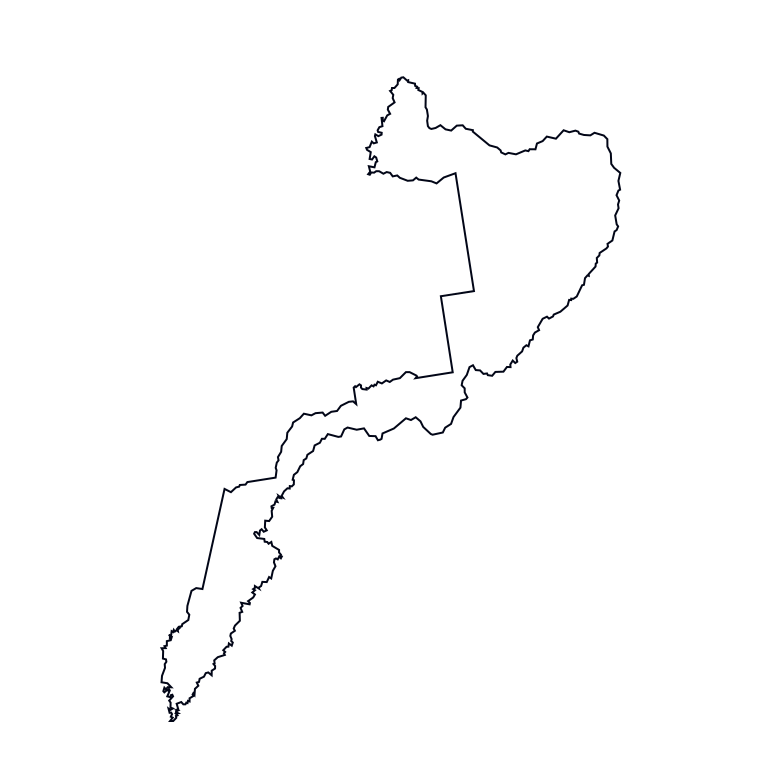 La Paz, Cesar, Colombia, rotated 351°
{"feature_id": "7082276B68584023442252", "entity_name": "La Paz", "entity_type": "district", "adm_level": 2, "iso_a3": "COL", "parent_name": "Colombia", "parent_adm1": "Cesar", "projection": "natural_earth1", "projection_center": [-73.31, 10.11], "detail": "fine", "context": "isolated", "style": "outline", "palette": "ink", "viewbox_px": 768, "rotation_deg": 351, "n_neighbors": 0, "source": "geoboundaries", "source_scale": "gbopen_adm2", "svg_char_len": 6145}
<svg xmlns="http://www.w3.org/2000/svg" viewBox="0 0 768 768"><g transform="rotate(351 384 384)"><path d="M445.4,85.5L444.4,90.2L440.6,93.3L438.2,92.9L437.5,95.1L435.9,95.5L438.4,99.8L437.3,103.0L438.5,107.5L431.5,111.0L430.7,113.6L432.3,118.1L429.2,119.2L425.1,124.5L423.9,123.5L424.4,120.9L423.2,120.8L422.8,129.1L419.6,129.6L417.4,132.4L417.6,134.1L421.0,135.5L420.6,137.3L417.2,138.3L414.5,136.1L413.8,137.7L414.7,144.3L411.5,144.7L409.9,142.7L406.8,147.8L403.4,148.1L403.9,150.1L407.2,152.9L405.0,159.5L407.3,160.4L410.1,157.6L411.7,159.1L412.2,163.1L410.6,163.6L408.5,168.5L403.1,166.6L403.6,172.1L401.2,174.3L402.7,175.1L404.5,173.1L407.3,173.7L409.6,172.6L412.5,173.1L416.3,176.2L419.8,175.1L423.1,176.4L425.1,180.3L429.7,180.1L431.9,182.8L439.2,187.0L444.5,187.4L448.1,185.2L450.2,187.5L462.5,191.2L467.3,194.1L475.3,189.4L487.6,187.0L487.4,306.3L453.9,306.2L453.7,383.2L416.1,383.2L417.8,381.7L417.4,380.8L411.2,376.3L407.5,375.7L400.6,380.7L393.6,381.1L390.0,382.9L386.7,380.8L382.0,383.1L378.2,380.8L375.9,384.0L374.5,383.2L373.3,384.7L371.5,383.4L367.9,386.1L366.1,385.2L365.9,386.8L361.8,385.6L360.7,383.9L361.1,381.8L359.7,380.5L355.8,382.7L355.1,381.7L353.5,382.8L353.4,399.5L350.7,396.3L346.5,396.1L338.0,398.8L333.4,403.3L327.6,403.2L320.9,406.2L318.9,402.6L311.8,402.1L307.4,403.6L300.2,400.8L295.5,404.6L288.2,407.8L286.6,411.6L280.9,417.0L279.3,423.2L273.3,429.2L271.8,434.9L267.8,439.6L267.9,442.9L265.8,444.9L263.9,449.9L264.4,452.4L262.3,459.5L233.7,459.5L231.5,461.7L225.8,461.2L224.9,462.7L221.7,463.0L215.9,466.9L210.1,462.7L172.6,558.1L166.6,556.2L161.5,558.2L155.1,572.4L153.8,578.2L155.6,581.4L153.8,586.5L147.2,589.6L146.4,591.6L143.3,591.7L141.8,593.1L143.4,593.4L141.8,594.5L141.8,595.9L140.7,594.7L138.7,595.8L137.9,594.0L136.9,596.0L135.6,594.9L134.4,599.1L132.2,598.1L133.2,599.3L132.8,601.5L134.6,601.1L133.3,603.7L129.3,604.0L128.6,608.4L126.2,608.6L127.0,610.7L123.0,610.2L124.1,613.2L122.7,620.6L125.6,621.9L125.6,624.3L123.6,626.4L123.3,630.1L119.1,637.5L117.6,643.8L123.3,645.7L126.5,650.3L122.9,649.6L120.9,651.6L119.6,649.6L118.0,652.9L118.8,654.2L122.1,652.2L123.2,653.5L123.9,651.8L124.5,653.2L121.1,658.6L124.0,659.9L124.8,658.0L126.3,657.8L126.8,659.5L122.3,663.1L123.4,665.3L122.5,670.1L124.7,671.5L122.0,672.5L120.4,670.9L120.8,675.2L122.4,675.3L123.0,676.9L121.4,679.3L123.1,680.5L120.0,683.4L123.1,683.9L126.6,681.2L126.6,679.3L128.1,679.0L126.9,677.1L129.2,677.0L127.2,675.5L127.8,674.0L128.3,674.6L129.6,674.2L128.1,673.3L129.9,672.9L129.2,667.4L134.0,666.4L135.7,669.0L137.8,669.3L138.9,667.8L140.0,668.4L140.8,666.3L142.3,667.1L142.8,664.0L147.3,662.2L146.4,660.8L147.3,659.6L148.2,661.4L149.6,655.5L153.4,653.0L152.4,649.6L154.7,649.3L155.8,646.3L160.4,644.9L162.7,641.7L165.3,641.4L168.2,644.7L169.0,640.2L172.6,638.6L173.1,636.1L171.8,633.9L173.0,633.5L173.1,630.4L177.1,627.8L184.4,626.7L183.8,624.9L185.2,623.8L183.6,621.8L187.4,618.9L189.2,619.1L190.2,616.0L192.7,618.6L194.2,615.7L192.9,613.9L193.6,612.1L192.8,608.8L193.7,606.5L198.1,604.4L197.3,602.0L199.0,599.3L204.6,595.3L205.6,587.4L208.3,586.9L207.3,582.7L209.6,581.1L208.7,577.7L216.8,580.6L217.3,579.3L215.8,577.2L221.4,574.4L223.6,571.7L221.3,569.3L224.3,567.5L222.7,566.1L224.6,565.2L224.9,563.4L228.5,566.5L228.2,565.6L231.0,564.3L232.9,560.4L237.2,561.3L240.3,556.7L242.2,558.4L245.0,551.1L248.3,547.0L247.4,543.0L248.3,540.0L250.0,539.4L251.6,540.6L253.5,538.0L254.9,540.0L256.1,538.4L254.7,537.6L255.5,536.5L254.0,534.0L254.4,531.5L248.3,526.4L248.0,522.4L245.0,523.7L244.0,521.8L241.5,521.1L241.5,518.3L234.6,516.3L232.3,511.6L233.3,510.1L235.0,510.3L237.2,513.6L238.6,509.3L240.4,508.3L242.1,511.1L245.3,510.2L243.9,507.0L245.3,500.4L249.1,501.4L252.8,497.6L253.2,491.7L255.1,489.1L253.7,489.0L253.7,487.2L257.0,486.0L258.4,483.0L260.3,483.8L259.5,481.2L261.2,479.2L262.7,480.0L262.3,477.9L264.7,480.4L264.9,479.4L266.3,480.3L265.4,478.5L268.5,474.4L272.3,471.9L274.5,472.5L275.0,470.1L276.9,470.7L279.2,469.1L280.0,465.0L278.8,464.3L280.8,459.6L284.6,457.5L288.4,452.1L291.6,450.4L292.8,446.6L295.6,445.4L297.3,441.9L303.5,439.1L305.9,433.8L311.5,432.0L314.1,428.4L316.9,428.9L320.7,424.7L330.6,429.1L333.4,429.1L337.7,422.6L341.2,421.3L349.9,424.9L357.3,424.7L361.3,433.0L367.5,434.2L369.2,438.6L371.5,438.4L373.0,437.8L374.8,432.6L386.8,429.5L400.3,421.3L405.0,423.8L410.1,421.8L414.2,426.6L416.0,432.5L422.4,440.7L424.1,441.7L434.5,441.1L437.6,436.7L444.0,433.9L447.5,427.5L455.8,419.3L457.5,412.4L462.6,411.8L464.3,410.4L462.4,404.9L463.0,400.9L460.5,397.4L462.1,393.1L467.2,388.0L471.1,380.7L474.8,379.4L476.8,384.6L481.0,385.6L483.8,389.6L487.4,389.7L487.9,391.5L492.1,392.8L495.9,389.5L503.9,390.5L508.1,386.4L511.6,387.1L511.8,384.5L514.8,381.0L516.9,383.8L519.1,382.8L518.8,379.1L520.1,376.9L525.5,373.4L527.4,369.9L530.7,368.0L532.6,369.4L535.0,363.7L537.9,363.3L538.9,359.3L541.1,356.8L545.6,355.1L544.8,351.9L550.9,344.4L555.5,343.0L557.2,345.2L561.5,343.7L562.5,342.0L569.5,340.2L577.6,335.2L580.0,329.9L582.0,330.4L582.3,329.0L584.3,329.5L588.1,327.7L595.1,317.5L597.0,317.3L599.1,310.9L602.0,308.5L603.2,309.2L603.4,307.4L611.3,301.1L612.0,298.2L613.5,297.4L613.9,292.8L616.8,290.7L617.5,288.3L624.9,284.9L626.7,283.3L626.7,280.5L632.0,278.0L635.6,269.4L637.8,268.4L639.9,265.0L638.8,262.7L638.7,253.7L643.2,247.1L643.2,243.3L645.0,239.6L643.2,233.9L645.8,229.6L647.6,229.0L647.3,220.1L650.4,212.5L645.1,206.5L642.9,202.2L644.1,191.7L641.8,184.5L642.9,177.1L640.0,173.0L631.2,168.8L626.7,170.7L620.4,169.3L615.9,167.2L615.4,165.2L612.7,163.7L606.4,164.3L601.1,161.5L592.2,168.6L583.5,165.1L578.7,168.9L572.7,170.4L570.3,175.9L564.6,174.9L563.1,176.6L560.1,175.4L550.3,177.8L543.1,175.2L539.8,176.2L536.0,173.6L535.7,171.5L532.8,168.1L525.5,164.8L511.2,148.6L511.5,147.2L504.7,144.7L502.2,140.8L496.3,140.2L490.0,144.2L484.6,142.1L480.2,137.2L475.0,139.2L470.7,139.5L468.9,138.4L467.7,136.2L467.8,130.7L469.3,126.2L469.3,119.6L468.3,117.2L470.4,105.4L468.4,102.3L467.5,103.0L467.6,101.5L463.9,99.0L464.5,97.2L462.5,96.7L463.2,95.5L461.4,94.4L461.6,92.2L455.1,89.6L455.4,87.8L454.3,88.0L451.1,84.1L449.0,84.1L447.0,86.3L446.6,85.0L445.4,85.5Z" fill="none" stroke="#020617" stroke-width="2"/></g></svg>